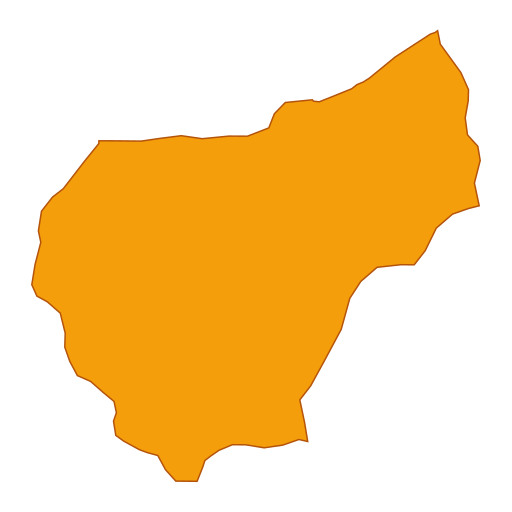 the district of Sinhung, Hamgyŏng-namdo, North Korea
{"feature_id": "82179303B53420606691311", "entity_name": "Sinhung", "entity_type": "district", "adm_level": 2, "iso_a3": "PRK", "parent_name": "North Korea", "parent_adm1": "Hamgyŏng-namdo", "projection": "natural_earth1", "projection_center": [127.653, 40.262], "detail": "fine", "context": "isolated", "style": "filled", "palette": "amber", "viewbox_px": 512, "rotation_deg": 0, "n_neighbors": 0, "source": "geoboundaries", "source_scale": "gbopen_adm2", "svg_char_len": 1190}
<svg xmlns="http://www.w3.org/2000/svg" viewBox="0 0 512 512"><path d="M307.7,441.5L304.6,422.6L299.8,399.9L310.7,385.8L324.6,360.4L341.2,329.4L349.8,298.3L360.8,281.4L377.1,267.3L401.0,264.7L414.2,264.8L425.2,250.7L436.3,228.1L452.5,214.1L468.5,208.5L479.2,205.8L474.4,183.1L480.2,160.5L477.8,146.3L467.5,134.9L465.2,117.9L468.2,101.0L468.5,89.7L460.9,72.6L450.6,58.4L440.3,44.2L437.6,30.7L435.1,32.5L430.2,34.2L395.3,56.9L369.4,78.1L363.3,82.0L357.0,84.6L351.6,88.8L319.3,101.8L313.5,101.2L312.3,99.8L285.3,102.5L274.4,113.7L268.8,127.9L247.4,136.2L228.9,136.1L202.3,138.7L181.2,135.7L159.9,138.4L141.3,141.1L120.1,140.9L106.8,140.8L98.9,140.8L98.8,143.6L85.1,160.5L74.2,174.6L63.3,188.7L52.5,197.1L41.5,211.2L38.4,230.9L40.8,242.3L37.9,253.6L35.4,263.1L35.0,264.9L31.8,284.7L36.9,296.1L47.3,301.8L60.3,313.2L65.2,333.1L64.8,347.2L69.8,361.4L77.4,375.6L90.6,381.4L103.6,392.8L114.0,401.4L116.4,412.7L113.5,421.2L115.8,435.4L123.7,441.1L139.4,449.7L147.3,452.6L157.8,455.5L165.5,469.7L175.8,481.1L197.1,481.3L202.7,467.2L204.9,460.5L210.9,455.9L219.0,450.3L232.4,444.7L245.7,444.8L264.2,447.8L282.8,445.1L298.9,439.5L307.7,441.5Z" fill="#f59e0b" stroke="#b45309" stroke-width="1.5"/></svg>